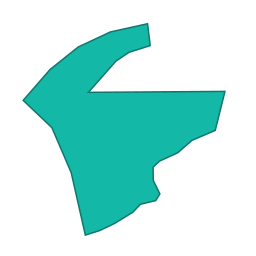 an SVG outline of Mellieħa, rotated 353°
{"feature_id": "MLT-5925", "entity_name": "Mellieħa", "entity_type": "state/province", "adm_level": 1, "iso_a3": "MLT", "parent_name": "Malta", "parent_adm1": "", "projection": "orthographic", "projection_center": [14.362, 35.96], "detail": "fine", "context": "isolated", "style": "filled", "palette": "teal", "viewbox_px": 256, "rotation_deg": 353, "n_neighbors": 0, "source": "natural_earth", "source_scale": "10m", "svg_char_len": 465}
<svg xmlns="http://www.w3.org/2000/svg" viewBox="0 0 256 256"><g transform="rotate(353 128 128)"><path d="M72.6,229.1L66.2,165.5L52.5,118.4L27.3,87.8L57.8,60.4L88.5,41.5L122.2,30.5L160.1,26.9L160.1,48.9L138.2,53.0L124.1,60.2L93.0,87.8L228.7,103.5L214.3,141.0L190.1,148.0L174.4,158.6L155.2,164.7L148.1,170.0L146.7,183.2L151.6,197.3L146.7,203.4L131.0,205.2L122.5,212.2L103.2,221.0L87.6,226.3L72.6,229.1Z" fill="#14b8a6" stroke="#0f766e" stroke-width="1.5"/></g></svg>